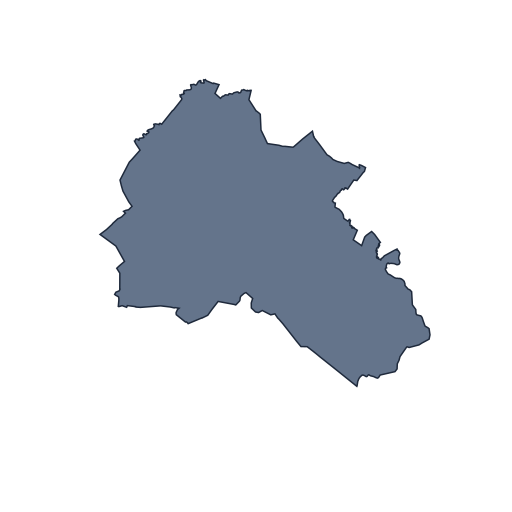 Vārkavas pag., Varkavas, Latvia, rotated 323°
{"feature_id": "27541924B75786186829450", "entity_name": "Vārkavas pag.", "entity_type": "district", "adm_level": 2, "iso_a3": "LVA", "parent_name": "Latvia", "parent_adm1": "Varkavas", "projection": "albers", "projection_center": [26.639, 56.228], "detail": "fine", "context": "isolated", "style": "filled", "palette": "slate", "viewbox_px": 512, "rotation_deg": 323, "n_neighbors": 0, "source": "geoboundaries", "source_scale": "gbopen_adm2", "svg_char_len": 6051}
<svg xmlns="http://www.w3.org/2000/svg" viewBox="0 0 512 512"><g transform="rotate(323 256 256)"><path d="M258.1,420.8L258.6,420.5L261.8,417.4L263.3,416.5L264.5,415.8L266.6,415.2L269.1,415.0L270.1,415.8L270.7,416.9L271.3,418.4L271.6,418.8L272.2,419.0L273.9,418.6L274.6,418.7L275.3,420.5L277.4,423.1L278.7,425.6L279.6,426.7L280.7,426.8L283.5,425.8L283.8,425.9L297.4,432.0L300.7,431.1L304.0,427.1L307.4,425.4L310.5,423.0L320.5,419.7L321.9,419.4L322.1,419.5L323.2,421.2L332.7,425.1L336.3,425.4L344.2,426.6L347.5,423.7L350.5,418.2L350.1,416.7L348.9,413.9L348.9,413.4L350.4,408.6L351.5,405.5L351.7,404.1L351.6,403.0L349.4,400.3L349.0,399.6L349.0,398.8L349.9,397.1L351.4,394.9L351.5,389.1L358.8,378.2L358.5,375.4L357.6,374.2L357.2,369.2L358.2,367.9L359.1,365.3L358.9,364.0L358.8,362.9L358.3,362.3L358.2,361.5L357.6,361.0L357.5,360.5L356.5,359.9L355.8,359.1L354.7,358.3L354.1,357.6L353.4,356.3L351.8,351.8L350.8,350.1L350.7,349.6L350.8,347.2L351.1,345.1L351.4,344.3L351.7,344.1L352.1,343.8L353.2,344.0L353.3,343.2L354.2,342.2L355.1,341.5L356.1,341.0L357.3,341.1L357.6,342.3L358.5,342.5L360.0,343.6L361.8,345.3L363.3,347.8L364.4,348.4L365.5,348.6L366.9,347.9L367.4,347.0L368.2,344.2L369.0,343.1L370.2,342.0L372.2,340.7L372.6,339.9L372.8,337.3L372.7,336.6L372.3,336.4L372.2,336.0L372.0,335.9L372.0,335.6L372.5,335.4L372.7,335.5L372.8,335.3L369.7,334.7L358.6,333.1L356.1,333.6L354.9,333.5L353.8,333.9L353.5,333.8L353.4,333.9L353.5,334.1L353.3,334.3L353.1,334.2L353.0,333.9L353.2,333.2L352.3,332.5L351.8,331.3L352.5,331.3L352.9,330.8L352.5,330.4L352.3,330.0L352.1,329.9L351.8,330.2L351.7,330.5L351.4,330.5L351.4,329.8L351.7,329.2L352.0,329.1L352.4,329.3L352.7,329.0L352.9,328.0L353.9,327.7L354.2,327.0L354.0,326.7L354.2,326.3L354.1,326.1L354.2,325.6L355.8,325.1L355.8,324.5L355.5,324.6L355.0,324.5L354.9,324.4L355.0,324.0L355.3,323.8L355.8,324.1L356.1,323.4L356.4,323.5L356.7,322.7L357.2,322.4L357.6,322.4L358.0,322.7L358.4,323.0L358.9,322.4L359.4,322.6L359.5,322.5L359.3,322.2L359.4,321.9L359.9,322.2L360.0,322.0L360.0,321.5L360.3,321.3L360.9,322.0L361.1,321.9L361.4,321.2L360.9,321.1L360.8,320.8L360.9,320.5L361.6,320.0L363.5,320.0L363.7,310.2L363.1,306.0L356.5,305.9L354.2,306.3L346.6,311.3L343.4,301.6L352.4,296.4L351.1,293.1L351.1,292.6L351.3,292.4L351.1,292.1L351.0,291.7L350.8,291.7L350.8,291.9L350.1,291.9L349.5,291.5L349.7,290.7L350.5,290.4L350.6,290.1L350.3,289.0L349.7,288.9L349.7,288.5L349.4,288.1L350.5,286.9L350.4,286.4L350.8,286.0L350.9,285.5L351.3,285.4L351.5,285.6L352.8,284.5L352.8,284.3L352.5,283.7L352.8,283.1L352.4,282.9L351.0,283.5L350.3,283.4L348.8,279.1L348.8,278.7L350.3,276.0L350.7,274.2L350.9,272.2L350.5,268.8L348.5,264.7L348.7,264.2L351.2,261.5L350.3,260.5L350.4,259.6L349.9,258.6L350.4,257.8L353.9,256.5L356.0,256.3L358.1,255.5L359.1,255.5L359.2,255.3L360.9,255.6L362.8,254.6L364.0,254.8L364.4,254.3L365.3,254.2L365.5,254.5L365.9,255.9L367.3,255.7L368.1,255.1L368.8,255.7L368.7,256.2L369.0,256.6L369.4,257.7L379.8,254.2L382.0,256.5L391.7,253.9L393.5,253.7L396.7,251.3L394.7,247.1L393.5,245.3L393.1,245.4L393.0,246.0L392.4,246.6L392.2,247.0L392.2,247.5L391.5,248.2L391.3,247.4L387.4,240.0L387.4,239.5L386.0,236.7L382.2,235.2L377.7,229.3L375.5,225.2L375.3,223.1L374.7,220.5L373.6,217.9L373.8,205.3L373.7,197.3L373.8,196.1L374.1,195.7L373.9,195.4L376.2,190.3L363.8,190.6L351.5,191.5L350.8,191.2L345.3,186.0L343.2,184.4L342.2,183.0L341.0,181.4L332.8,173.1L333.7,168.8L334.0,167.6L335.8,158.4L344.7,145.4L344.5,143.8L343.5,140.1L343.4,140.1L344.4,126.9L351.8,120.8L350.9,120.0L350.2,120.2L349.9,120.0L348.9,118.6L348.6,118.9L348.2,118.7L347.1,117.2L346.4,115.7L345.6,115.6L344.4,114.9L343.2,115.5L342.8,115.9L341.6,116.1L340.6,115.6L340.4,115.3L340.6,115.0L340.5,114.6L340.1,114.0L339.7,113.6L336.5,112.3L334.6,112.5L332.6,110.4L332.1,110.2L330.6,110.7L328.5,108.8L326.2,108.8L325.9,108.7L325.7,108.4L325.3,108.3L322.5,108.7L321.1,101.5L329.6,96.9L326.2,92.4L325.5,92.5L321.7,85.9L321.8,84.7L320.8,84.5L320.4,83.8L319.9,83.9L319.0,86.2L318.6,86.5L318.4,86.5L316.6,84.9L316.1,84.2L316.1,83.9L316.2,83.7L316.9,83.6L317.3,83.2L317.3,82.6L316.8,82.2L316.0,82.0L314.8,82.1L311.7,83.3L311.0,83.3L310.6,83.2L310.0,81.9L309.6,81.4L308.0,80.7L307.2,80.0L306.8,80.0L306.5,80.4L305.6,82.9L304.8,83.5L304.0,83.7L302.9,83.3L300.6,81.7L299.8,81.8L298.7,80.9L298.1,80.7L296.3,82.2L296.6,82.9L296.2,83.1L295.0,83.0L293.9,82.2L293.3,82.1L292.7,82.6L292.2,81.8L291.4,83.2L291.7,84.4L291.6,85.1L291.4,85.8L290.6,86.4L278.0,89.7L276.6,89.7L260.0,94.0L259.2,92.3L258.5,92.1L257.6,92.7L256.7,91.5L255.1,89.9L253.7,89.3L253.3,89.6L253.3,90.8L253.1,91.0L251.7,91.7L250.9,91.9L249.1,91.6L246.5,90.6L245.4,90.4L244.6,90.5L244.2,90.8L244.9,91.7L245.1,92.5L244.6,92.9L243.3,92.9L242.3,92.5L241.6,93.1L241.2,93.0L240.0,90.9L239.2,90.8L238.7,91.0L238.3,91.5L238.0,93.3L237.7,93.8L236.8,93.6L233.8,91.9L233.3,92.0L232.5,93.0L232.1,93.1L231.9,92.7L231.7,91.6L231.4,91.1L230.7,90.4L230.1,90.4L228.7,91.3L228.1,91.1L227.6,93.9L227.1,101.7L215.4,104.1L211.3,104.8L193.1,113.5L190.8,118.8L188.8,124.1L187.0,136.2L186.9,141.7L182.1,142.4L179.3,141.1L177.1,140.6L177.5,143.2L172.4,143.9L170.1,143.6L168.2,143.1L160.9,143.8L160.4,144.1L152.5,144.9L144.4,144.9L150.1,163.7L147.7,181.2L140.7,181.6L137.4,182.0L136.9,187.8L127.4,200.3L127.6,200.3L127.5,200.6L125.9,201.5L122.3,200.6L120.0,201.6L120.3,202.9L121.5,205.5L121.6,205.9L121.5,206.2L120.9,207.4L120.0,208.6L115.3,213.8L115.5,213.7L119.2,215.1L121.8,219.1L123.4,218.2L129.3,223.9L129.1,224.1L129.7,224.8L132.8,227.5L149.8,238.4L156.8,245.1L159.5,248.3L160.2,248.4L163.1,251.4L161.1,251.5L158.3,253.0L157.8,253.5L157.0,254.9L159.9,266.3L160.8,266.8L161.1,268.1L161.1,269.2L175.6,272.9L175.6,273.1L181.8,274.3L188.5,272.2L198.4,269.5L210.0,282.2L210.0,282.6L210.5,282.9L215.6,282.1L216.6,281.6L218.4,279.7L219.6,279.0L223.9,278.7L226.0,279.2L227.8,287.9L223.9,290.7L221.0,294.7L221.9,300.4L224.0,302.7L228.2,303.3L232.4,311.9L236.3,313.6L236.0,318.5L236.3,320.5L236.7,326.3L237.1,348.7L237.4,355.4L242.3,359.2L245.2,370.0L246.4,375.1L252.1,397.1L258.1,420.8Z" fill="#64748b" stroke="#1e293b" stroke-width="1.5"/></g></svg>